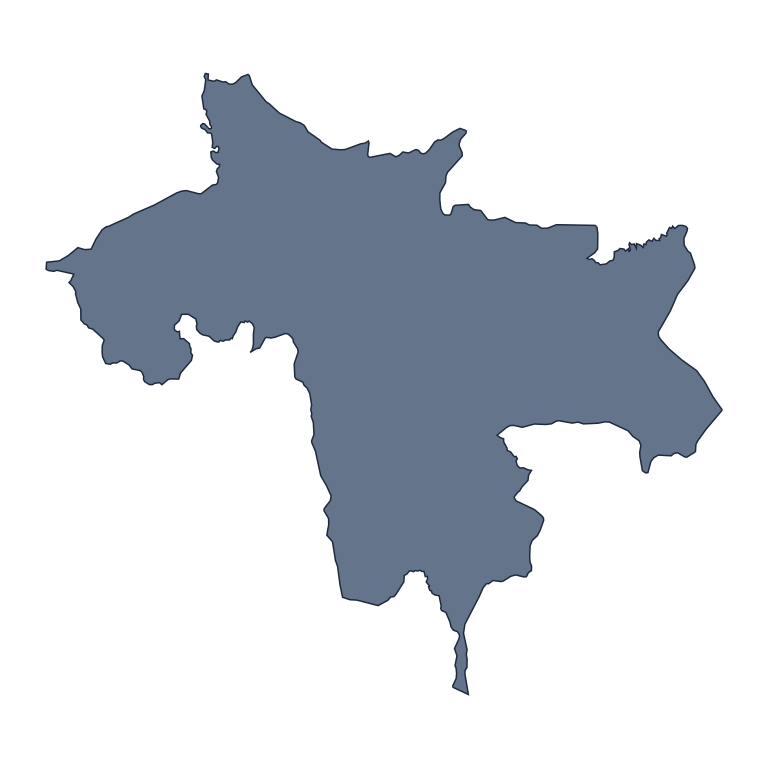 Lubudi, Katanga, Democratic Republic of the Congo (Natural Earth projection)
{"feature_id": "63176286B52782039621830", "entity_name": "Lubudi", "entity_type": "district", "adm_level": 2, "iso_a3": "COD", "parent_name": "Democratic Republic of the Congo", "parent_adm1": "Katanga", "projection": "natural_earth1", "projection_center": [26.13, -10.358], "detail": "fine", "context": "isolated", "style": "filled", "palette": "slate", "viewbox_px": 768, "rotation_deg": 0, "n_neighbors": 0, "source": "geoboundaries", "source_scale": "gbopen_adm2", "svg_char_len": 6088}
<svg xmlns="http://www.w3.org/2000/svg" viewBox="0 0 768 768"><path d="M205.3,73.5L204.2,76.6L205.6,79.2L205.6,81.1L204.2,90.8L201.9,96.1L203.8,108.9L205.6,109.4L206.8,111.2L206.1,114.4L209.6,121.0L209.9,124.4L211.4,126.4L211.4,127.9L210.8,128.8L208.9,128.7L204.7,124.0L202.8,123.5L200.7,125.5L200.7,126.6L201.6,128.1L205.2,129.7L207.6,132.9L210.5,133.0L211.6,134.0L212.8,142.3L212.2,147.3L214.7,148.5L216.7,146.4L218.3,146.6L219.0,148.3L218.0,152.5L215.6,152.5L213.4,151.0L210.8,152.0L211.3,157.6L212.6,160.0L216.8,164.0L219.7,164.5L219.1,167.1L217.3,168.8L216.4,171.6L218.6,177.4L217.6,182.9L216.3,184.4L212.4,185.1L201.3,193.7L198.5,193.7L186.4,190.6L181.6,191.1L176.3,193.1L154.2,205.1L133.4,214.1L128.7,217.2L108.7,226.3L106.1,226.8L102.1,229.8L96.0,239.0L91.1,249.2L84.5,249.6L77.9,247.6L68.5,255.4L59.3,260.9L46.6,262.2L46.1,269.1L48.3,270.5L53.7,271.3L57.0,270.3L73.8,274.1L70.8,280.7L69.0,282.5L73.2,286.7L75.9,291.9L75.5,293.5L77.7,302.4L80.8,309.1L80.9,320.0L84.4,323.9L87.0,325.0L88.6,327.8L92.8,329.2L103.7,339.1L104.1,340.4L102.3,345.5L102.1,351.7L102.6,356.9L105.8,363.6L110.5,364.2L112.7,362.9L116.7,363.0L120.3,360.9L122.9,361.1L129.0,364.9L132.0,368.9L139.9,370.5L141.7,371.8L143.7,376.3L143.5,379.3L144.6,381.6L149.4,384.6L152.8,384.6L154.2,383.4L159.5,382.6L161.9,384.7L167.9,379.6L170.6,378.9L178.7,379.1L180.5,373.1L191.4,360.4L192.5,355.2L190.8,352.8L191.0,348.6L190.0,347.0L189.4,343.6L183.8,338.7L180.0,338.7L179.4,331.3L177.6,332.0L174.8,330.2L174.3,328.6L174.5,325.2L179.1,321.0L181.6,314.4L188.1,314.2L195.7,318.9L197.1,324.1L196.3,326.1L196.8,329.7L200.1,333.3L202.6,334.8L209.0,336.2L214.1,340.9L217.5,342.0L219.1,341.9L220.3,340.3L223.0,341.2L225.6,340.0L229.5,340.0L231.1,338.2L232.3,338.7L233.3,335.7L235.8,332.1L237.6,326.9L240.9,321.9L244.1,322.6L245.2,321.0L247.7,322.1L249.2,321.1L252.4,323.7L254.3,327.7L253.4,333.7L253.4,344.6L252.1,350.0L250.1,352.4L256.2,348.7L259.6,348.1L265.3,337.9L266.5,337.4L270.7,338.0L274.8,337.3L285.0,333.6L287.8,333.9L290.5,336.1L293.0,339.0L293.4,342.0L297.6,348.7L298.1,352.2L294.2,363.9L294.8,376.8L296.0,379.0L302.8,382.1L304.2,385.5L307.1,388.1L309.8,393.5L311.6,404.9L310.8,409.6L311.8,413.9L311.2,416.3L313.3,422.5L314.0,434.7L311.6,440.7L311.8,442.6L315.5,451.4L320.7,475.6L326.7,486.1L331.1,495.8L330.4,500.5L324.1,508.8L324.0,510.7L328.6,518.5L328.7,524.7L326.8,535.2L332.5,541.7L335.5,560.6L337.6,566.5L340.0,584.8L342.6,597.3L349.9,599.7L356.7,600.1L378.1,605.6L387.7,600.4L390.7,597.0L393.9,596.6L395.9,594.4L403.8,582.0L404.3,575.5L407.1,573.9L409.1,571.2L411.3,570.8L413.4,571.7L415.1,570.6L417.9,571.0L420.1,570.2L421.9,571.5L424.0,571.4L425.3,576.6L427.3,576.3L427.6,578.9L426.2,581.9L429.5,586.0L428.5,586.9L429.9,590.4L431.5,591.1L432.0,593.1L435.0,595.0L439.1,595.7L441.2,606.1L440.7,608.5L441.6,610.5L445.9,612.4L450.0,622.1L451.0,626.9L453.3,630.2L457.4,631.6L459.4,634.7L459.5,636.8L458.5,639.9L454.5,648.5L457.0,655.9L455.0,665.6L456.1,668.2L456.6,673.5L456.2,678.4L452.7,686.0L453.1,687.4L468.4,694.5L464.9,673.8L465.1,670.4L466.9,667.5L467.1,659.3L466.3,654.4L467.1,649.6L463.5,633.4L464.9,624.2L479.4,596.2L483.1,587.8L486.4,583.7L488.6,583.7L493.0,580.5L501.1,581.6L503.3,581.0L510.6,576.4L515.5,574.9L523.8,576.9L526.4,576.7L528.4,572.6L531.4,570.7L531.6,566.2L530.0,562.1L529.7,556.3L530.1,545.8L532.2,540.5L537.4,535.6L540.3,530.0L543.7,520.3L543.4,517.8L541.7,515.7L534.3,509.5L516.3,501.0L514.4,498.2L514.3,496.8L517.9,492.1L519.7,490.9L522.0,486.9L528.0,480.3L528.6,475.1L531.5,470.4L527.9,469.8L523.5,467.8L519.8,468.0L517.2,465.4L516.0,460.8L517.4,458.9L516.1,456.4L514.2,456.6L510.5,451.8L507.4,450.6L506.8,447.7L503.7,441.9L503.6,438.8L500.2,437.6L497.1,435.2L506.6,427.4L509.9,425.6L513.8,425.4L522.3,427.3L534.4,424.0L545.6,424.5L551.5,423.8L556.1,421.2L558.7,420.7L572.3,423.1L578.0,422.1L583.6,423.9L598.1,423.2L605.0,421.8L609.4,422.1L628.1,430.8L632.8,436.3L639.2,440.8L640.9,445.5L639.7,452.3L640.0,457.1L642.4,470.7L645.6,472.9L647.9,472.7L650.9,461.5L653.8,457.7L658.3,455.1L671.1,455.8L674.2,453.3L677.7,452.8L684.5,456.8L686.7,457.2L694.8,452.2L695.5,451.3L695.9,444.5L697.8,440.7L706.0,429.3L721.9,410.5L721.9,409.5L713.2,397.2L704.3,381.1L696.7,370.7L681.7,359.9L669.0,348.9L660.8,339.7L658.9,336.8L658.3,334.0L658.5,331.5L670.3,311.0L677.5,294.4L687.8,280.8L694.9,268.3L694.6,265.2L690.5,253.2L687.8,251.0L684.2,245.2L683.9,238.4L686.9,231.5L687.5,228.4L685.8,226.4L682.6,225.4L678.4,225.5L674.9,228.5L672.6,226.1L671.7,228.4L669.5,227.5L666.7,233.2L667.1,235.2L666.4,236.2L661.4,234.5L660.5,237.9L659.1,238.8L659.7,240.5L655.8,240.4L653.9,238.3L652.0,241.4L648.9,239.9L646.5,242.0L645.9,244.6L643.9,243.9L643.2,247.5L640.8,245.2L636.5,243.6L636.3,248.2L634.1,243.9L631.5,244.6L629.6,242.8L629.0,244.4L630.4,249.6L629.6,251.4L628.9,251.2L628.4,248.7L625.5,251.1L624.0,249.1L620.1,248.5L618.1,250.4L614.3,251.8L614.2,257.6L612.7,260.5L609.9,260.9L606.3,263.9L600.1,264.8L598.3,262.9L595.6,262.5L594.3,260.4L592.0,258.7L589.6,259.5L587.0,258.3L594.7,252.7L597.6,249.0L597.8,233.6L597.0,227.4L595.1,225.4L556.4,224.7L547.8,228.1L541.7,228.3L536.9,225.2L529.3,225.0L525.5,223.0L515.6,222.6L504.9,217.4L493.9,220.1L489.9,220.0L487.6,219.5L480.8,210.5L474.2,209.7L470.5,207.3L468.5,204.4L455.2,205.3L453.2,206.5L451.1,213.6L449.7,215.1L444.7,215.0L442.5,212.8L440.8,208.9L439.8,200.0L439.9,192.9L445.5,182.6L446.0,175.9L447.6,172.2L462.3,155.8L462.1,152.6L459.3,146.2L459.2,143.7L460.7,139.2L466.0,133.2L466.2,131.0L465.6,130.4L460.0,128.4L452.6,132.1L443.9,138.6L440.4,140.3L437.9,139.9L434.6,142.0L429.3,149.6L425.6,153.2L423.2,153.8L420.9,153.2L418.4,150.3L415.9,149.5L408.6,153.0L402.8,152.0L399.2,155.4L395.8,156.8L390.0,153.4L369.7,157.4L368.1,156.4L367.7,154.2L369.0,143.0L368.4,141.0L365.1,143.1L360.5,143.9L345.6,149.4L341.1,149.8L332.0,149.1L321.3,142.2L320.3,140.5L308.0,131.8L304.3,125.5L300.2,122.8L295.7,121.5L279.4,113.1L269.1,103.7L266.2,101.9L252.3,84.9L249.3,75.6L248.0,74.4L241.4,77.0L235.6,82.7L232.5,84.2L228.9,84.0L225.7,81.7L223.0,82.0L216.4,79.9L214.2,81.3L208.0,80.0L208.4,74.0L205.3,73.5Z" fill="#64748b" stroke="#1e293b" stroke-width="1.5"/></svg>